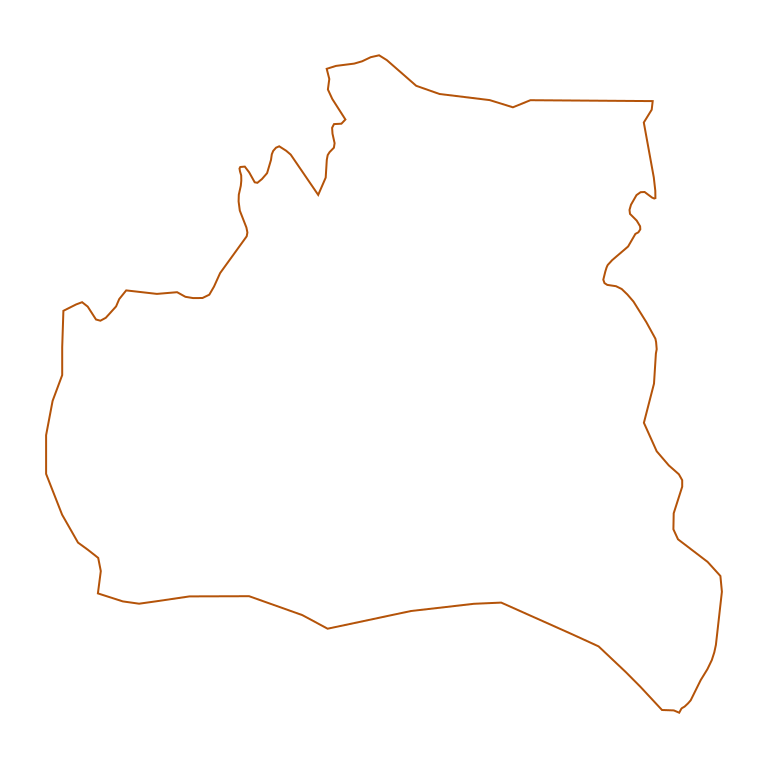 Mayabeque, Equal Earth projection
{"feature_id": "CUB-5489", "entity_name": "Mayabeque", "entity_type": "Province", "adm_level": 1, "iso_a3": "CUB", "parent_name": "Cuba", "parent_adm1": "", "projection": "equal_earth", "projection_center": [-81.981, 22.888], "detail": "fine", "context": "isolated", "style": "outline", "palette": "amber", "viewbox_px": 768, "rotation_deg": 0, "n_neighbors": 0, "source": "natural_earth", "source_scale": "10m", "svg_char_len": 2019}
<svg xmlns="http://www.w3.org/2000/svg" viewBox="0 0 768 768"><path d="M326.7,68.8L336.0,65.9L354.2,63.6L362.1,61.3L370.7,57.2L379.1,55.3L386.8,60.1L416.2,85.8L439.5,94.0L489.7,100.1L512.9,107.3L530.4,100.2L652.7,101.1L651.7,109.7L643.8,122.5L653.8,177.5L655.3,190.8L655.4,198.1L654.2,198.5L652.1,197.6L644.6,192.0L640.6,192.2L636.5,195.1L631.0,204.7L629.5,209.9L630.0,213.9L636.7,220.6L640.1,226.3L640.3,229.3L638.4,232.3L635.4,233.9L628.1,246.5L612.2,260.1L607.8,264.9L607.4,265.6L606.5,267.7L605.3,271.6L603.3,279.7L604.5,283.1L607.3,284.9L616.0,286.2L621.7,289.0L627.4,294.5L633.5,301.6L646.3,322.1L655.4,338.7L656.1,342.1L656.7,349.2L655.9,353.5L654.0,383.6L643.9,422.8L656.7,451.3L668.8,465.4L678.9,474.3L682.2,480.2L682.2,486.7L673.7,513.3L673.4,529.3L678.0,539.3L707.6,561.9L720.4,576.0L721.9,591.7L715.9,644.9L714.3,652.3L711.8,660.1L707.4,669.2L700.7,680.1L690.7,700.3L688.0,703.4L684.6,706.6L682.0,708.1L681.3,708.8L680.4,710.5L679.2,712.7L673.8,710.4L662.0,710.0L640.5,686.9L625.7,672.0L598.6,646.4L571.1,633.8L501.2,602.6L473.8,603.8L411.0,611.0L327.6,628.7L302.3,615.1L249.1,596.2L189.5,596.4L156.2,601.3L139.1,603.7L122.8,601.4L97.9,593.4L100.8,571.1L98.2,557.9L87.9,549.8L78.0,542.6L62.1,514.7L46.1,473.9L46.1,435.2L52.6,400.9L62.2,375.1L62.2,347.2L63.4,310.8L76.2,304.4L82.1,302.2L87.7,306.6L96.0,319.5L100.4,320.7L105.8,317.8L116.1,306.4L119.2,299.1L126.2,290.4L156.9,293.9L177.1,292.2L185.4,296.8L193.2,298.1L202.5,298.0L209.3,294.7L214.0,286.6L220.1,273.1L246.7,236.3L247.4,232.5L246.4,227.5L239.8,210.6L238.6,201.4L238.8,194.7L240.8,185.8L241.3,180.6L241.2,175.4L240.0,171.4L239.5,168.5L240.3,167.0L244.8,166.6L249.2,172.4L254.7,182.3L257.4,182.8L262.0,179.0L267.1,173.1L271.0,159.9L271.8,154.3L273.2,150.9L276.0,147.7L279.2,146.3L286.1,150.7L290.7,154.6L318.2,194.9L325.7,177.6L326.8,159.8L327.7,155.1L329.6,152.1L333.9,147.7L334.6,143.2L332.5,133.7L332.1,127.8L334.0,124.1L341.4,123.7L345.4,119.5L332.3,99.0L327.9,89.5L329.3,79.0L326.7,68.8Z" fill="none" stroke="#b45309" stroke-width="2"/></svg>